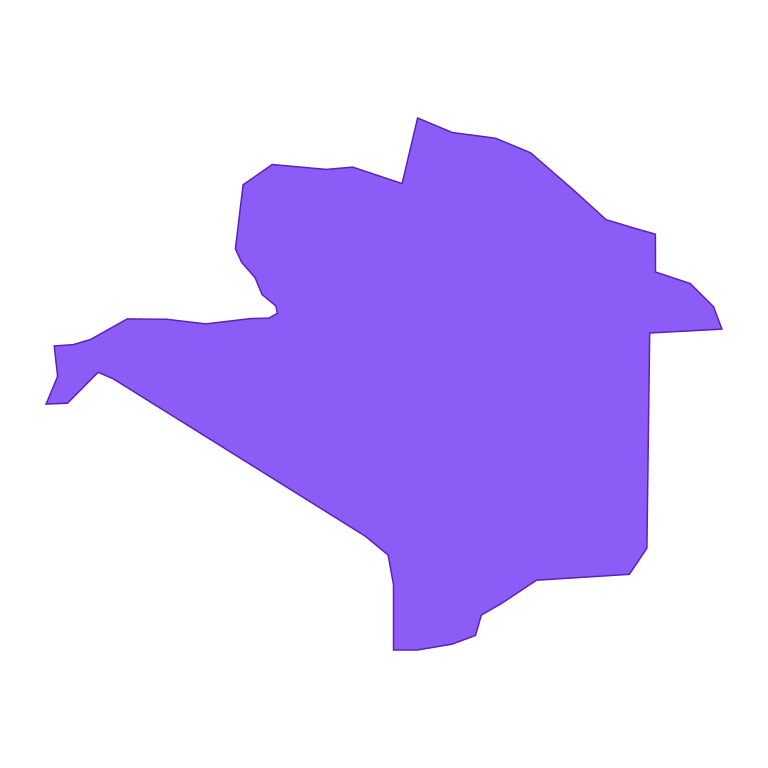 an SVG outline of Napak
{"feature_id": "UGA-5615", "entity_name": "Napak", "entity_type": "District", "adm_level": 1, "iso_a3": "UGA", "parent_name": "Uganda", "parent_adm1": "", "projection": "albers", "projection_center": [34.172, 2.394], "detail": "fine", "context": "isolated", "style": "filled", "palette": "violet", "viewbox_px": 768, "rotation_deg": 0, "n_neighbors": 0, "source": "natural_earth", "source_scale": "10m", "svg_char_len": 737}
<svg xmlns="http://www.w3.org/2000/svg" viewBox="0 0 768 768"><path d="M402.1,183.6L417.6,118.0L452.2,132.5L495.7,138.3L530.6,152.8L574.1,190.6L606.1,219.7L635.1,228.4L655.4,234.2L655.5,272.0L690.3,283.6L713.6,306.8L721.9,329.1L649.7,333.0L646.9,548.2L629.4,574.3L536.5,580.2L501.6,603.4L481.3,615.1L475.5,635.4L452.2,644.1L417.4,650.0L393.5,650.0L393.5,584.7L388.1,555.0L365.3,536.2L208.2,438.1L113.2,378.8L98.1,372.3L67.5,403.2L46.1,404.1L57.6,376.3L54.2,345.9L72.9,344.7L90.5,339.5L127.2,318.9L166.8,319.3L205.7,323.9L250.4,318.6L269.0,318.1L277.4,313.3L275.9,306.0L262.1,294.6L255.0,277.6L241.6,262.3L235.4,248.8L243.1,184.8L272.2,164.5L326.2,169.4L352.7,167.1L402.1,183.6Z" fill="#8b5cf6" stroke="#5b21b6" stroke-width="1.5"/></svg>